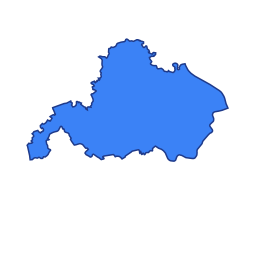 Can Giuoc, Long An, Vietnam (orthographic projection), rotated 311°
{"feature_id": "81297802B44556348511886", "entity_name": "Can Giuoc", "entity_type": "district", "adm_level": 2, "iso_a3": "VNM", "parent_name": "Vietnam", "parent_adm1": "Long An", "projection": "orthographic", "projection_center": [106.662, 10.577], "detail": "fine", "context": "isolated", "style": "filled", "palette": "blue", "viewbox_px": 256, "rotation_deg": 311, "n_neighbors": 0, "source": "geoboundaries", "source_scale": "gbopen_adm2", "svg_char_len": 5702}
<svg xmlns="http://www.w3.org/2000/svg" viewBox="0 0 256 256"><g transform="rotate(311 128 128)"><path d="M51.8,84.5L54.1,85.0L55.7,85.0L57.7,84.4L60.5,84.1L60.7,83.6L60.2,82.0L60.2,80.7L62.1,78.7L62.5,77.2L64.5,74.7L65.3,74.6L65.7,74.8L67.1,76.0L67.6,76.0L67.3,74.4L69.3,74.0L70.5,73.6L71.6,73.0L72.1,73.0L73.6,73.5L75.5,74.3L77.0,75.2L78.8,76.5L79.7,76.9L80.8,77.0L84.6,76.1L85.1,76.2L85.4,76.4L85.6,77.2L84.5,79.4L84.7,79.9L85.2,80.0L85.0,80.8L83.8,82.4L83.7,82.9L83.8,83.5L84.9,86.0L84.8,87.4L84.0,88.3L83.7,89.1L83.0,91.7L81.7,92.0L80.9,94.3L79.9,98.4L80.0,98.8L81.3,99.8L84.2,101.6L84.9,102.3L85.6,104.0L85.7,105.0L85.0,109.0L85.1,109.5L86.0,110.3L86.0,111.3L85.9,112.0L82.1,111.7L81.4,111.8L80.8,112.1L80.4,113.9L81.1,116.8L81.3,118.6L81.9,119.1L82.7,119.3L83.3,119.3L84.3,118.8L85.0,118.8L85.5,119.0L85.7,119.8L86.1,124.0L86.5,125.6L86.6,128.5L88.6,129.9L89.1,130.0L89.4,129.6L89.5,128.9L89.3,128.5L89.6,127.9L89.8,127.8L90.7,128.1L91.6,128.7L98.3,134.3L98.4,135.8L97.9,137.1L98.2,137.5L99.0,137.7L99.5,138.2L100.8,140.0L101.0,141.7L100.7,143.8L104.2,144.9L105.2,144.4L112.0,146.2L113.2,146.3L117.9,149.7L118.6,150.4L118.3,151.5L116.8,153.2L116.7,153.5L117.1,153.6L118.4,153.3L118.1,153.9L117.1,155.2L117.1,155.8L117.7,156.0L118.4,155.8L118.9,156.0L119.0,156.4L118.6,157.7L118.8,158.0L119.2,158.1L120.7,157.8L121.2,157.8L121.6,158.1L122.9,159.5L125.5,159.7L125.8,160.0L126.6,161.3L126.8,161.4L127.3,161.2L128.4,160.1L129.8,160.1L132.2,160.5L132.4,160.8L132.8,164.3L133.9,167.3L134.1,169.7L133.7,172.5L131.2,177.7L130.8,179.1L130.9,180.7L131.3,181.8L132.9,184.1L133.5,184.7L134.1,184.9L135.1,185.0L137.8,183.9L139.1,183.6L140.2,183.7L141.4,184.3L142.6,186.6L143.6,191.1L147.2,196.6L148.2,197.7L149.5,198.2L152.2,197.9L153.2,197.4L154.7,196.3L156.0,195.0L157.4,194.4L164.3,194.2L165.4,193.9L166.5,193.3L167.8,193.1L175.7,193.1L177.8,193.3L179.4,194.0L180.5,194.0L181.2,193.8L181.7,193.3L182.1,192.6L183.0,188.8L183.3,188.2L184.1,187.7L184.8,187.6L188.8,188.0L189.4,187.9L190.3,187.4L191.5,186.3L192.8,183.8L193.3,183.1L195.1,182.3L196.0,182.4L197.1,182.8L200.3,185.4L203.1,187.4L208.6,190.4L210.7,186.0L213.8,181.5L214.8,179.6L215.8,176.6L216.2,174.8L216.2,172.6L214.6,161.3L211.0,144.4L210.6,139.6L210.8,136.9L211.2,134.9L212.9,130.6L213.9,128.9L211.7,127.1L210.1,126.4L209.1,126.5L207.3,127.0L206.3,128.2L205.6,128.1L205.2,127.9L204.8,127.2L204.8,126.7L205.2,126.3L206.1,125.9L206.9,125.1L207.9,124.6L208.5,123.8L208.6,123.2L208.5,122.3L208.0,121.2L207.2,120.5L206.3,120.1L205.6,120.0L205.0,120.3L204.5,121.1L204.6,123.6L203.4,124.5L202.8,125.4L201.3,125.9L200.5,125.9L199.4,125.6L197.7,122.1L197.6,121.6L198.0,121.1L197.9,120.8L196.9,121.1L196.3,120.9L195.9,120.5L195.5,119.4L194.7,118.4L194.7,117.6L195.1,116.4L195.0,114.3L194.8,113.9L192.3,111.8L192.3,110.6L193.2,109.3L193.5,108.5L193.4,108.1L192.3,106.9L191.5,105.7L191.2,104.8L191.0,103.2L191.2,102.9L191.6,102.6L193.2,102.5L193.7,102.3L193.9,101.7L194.0,101.0L194.4,99.2L195.1,98.1L195.3,97.9L196.5,98.5L197.5,98.5L198.2,99.6L199.1,100.5L199.6,100.1L200.5,100.5L201.5,100.6L202.9,99.6L201.8,97.8L201.0,97.5L200.0,98.0L199.7,97.8L199.3,97.0L198.4,94.3L198.7,93.7L199.4,94.2L199.8,93.9L200.4,92.7L200.3,90.8L202.0,88.5L202.0,88.2L201.7,87.7L199.6,87.5L199.1,87.1L199.0,86.5L199.7,83.8L200.3,83.4L201.7,84.2L202.1,84.2L203.2,83.2L202.6,81.7L201.5,79.7L201.4,79.4L201.8,79.4L201.1,77.6L200.3,76.7L197.2,75.4L196.8,75.0L196.3,73.8L195.9,73.3L194.8,72.4L194.6,72.0L194.6,69.8L194.4,69.0L194.0,68.5L193.3,68.3L191.9,68.8L190.8,68.6L188.3,66.5L185.4,64.7L184.4,64.4L182.3,65.0L181.1,64.9L179.0,63.9L178.1,62.2L176.6,62.4L175.4,61.5L175.0,61.6L172.4,63.6L172.1,64.6L171.7,65.0L170.2,65.3L167.6,66.1L167.0,66.1L166.6,65.8L166.6,65.6L166.7,64.7L166.5,63.7L165.0,61.9L164.3,60.3L163.8,59.6L162.4,59.2L162.8,62.2L162.7,62.9L162.2,64.1L159.3,66.3L158.4,67.2L157.8,68.4L157.2,68.9L155.7,69.3L153.6,69.4L152.7,69.7L152.3,70.2L152.1,71.6L150.6,72.3L149.5,73.9L149.0,74.2L147.5,74.3L146.3,73.1L146.3,74.5L146.0,74.9L145.8,74.9L145.8,74.0L145.6,73.9L145.0,74.6L144.8,74.1L144.2,74.0L143.6,73.5L143.4,73.5L143.3,73.9L143.0,74.2L142.7,74.1L142.2,73.6L141.9,73.7L141.4,73.5L140.8,73.7L140.6,73.3L140.8,72.7L141.1,72.5L141.3,71.9L139.1,70.8L138.1,70.5L137.8,70.6L137.6,70.8L137.5,71.6L138.1,73.5L137.6,74.9L135.6,74.1L135.1,74.7L134.9,75.4L134.1,76.1L134.1,76.7L134.9,77.5L134.9,78.4L135.2,79.2L135.0,79.7L134.2,79.7L133.2,79.4L131.2,79.2L129.8,78.2L129.1,78.2L128.7,78.5L128.6,79.2L126.9,82.6L125.5,84.0L122.8,84.3L122.5,84.7L121.9,85.2L121.2,85.5L120.0,85.4L119.6,85.6L119.3,86.3L118.3,84.7L117.6,84.0L117.0,83.8L116.2,83.9L115.0,85.4L114.8,84.4L114.8,83.4L115.7,82.3L115.0,80.4L115.1,79.5L114.9,76.9L116.2,76.5L115.5,74.8L115.7,74.5L115.4,74.1L114.9,74.1L115.0,73.2L114.6,72.1L114.2,71.9L113.7,72.0L112.8,73.1L111.8,73.4L111.1,73.9L109.2,73.6L107.7,72.6L108.3,70.3L109.2,70.2L110.2,69.5L110.3,69.2L110.0,68.1L110.4,67.8L110.8,67.1L106.5,65.4L104.5,63.7L93.9,57.8L93.1,58.9L92.8,59.9L92.3,60.8L91.8,62.1L91.0,63.0L90.9,63.9L90.7,64.2L89.8,64.3L89.9,64.6L89.6,64.2L89.3,63.3L88.6,62.7L86.1,61.8L85.4,61.7L85.6,64.2L82.4,64.8L82.2,64.0L81.7,64.0L81.3,62.1L78.8,62.5L77.6,62.5L75.7,61.9L75.3,61.3L75.2,60.4L73.6,60.4L72.5,60.2L72.2,60.3L71.2,61.4L71.0,62.0L71.0,63.4L71.9,63.5L71.7,64.8L71.2,65.5L70.1,66.0L69.7,65.6L68.4,65.5L68.2,65.1L67.3,65.2L66.8,65.1L66.6,63.1L67.0,61.5L63.5,59.4L62.3,59.6L60.8,59.4L60.6,61.4L60.2,62.0L59.6,62.4L57.8,62.1L56.4,63.6L54.7,63.4L54.5,64.0L54.6,65.1L54.5,65.4L53.3,65.3L52.5,64.4L51.9,64.2L51.7,63.9L51.5,63.2L48.8,63.2L48.3,64.2L42.6,71.9L39.8,75.0L41.3,76.5L43.9,76.9L44.8,77.6L45.7,79.2L46.1,79.5L47.3,79.9L47.7,80.5L47.9,82.3L49.1,83.5L50.8,83.1L51.8,84.5Z" fill="#3b82f6" stroke="#1e3a8a" stroke-width="1.5"/></g></svg>